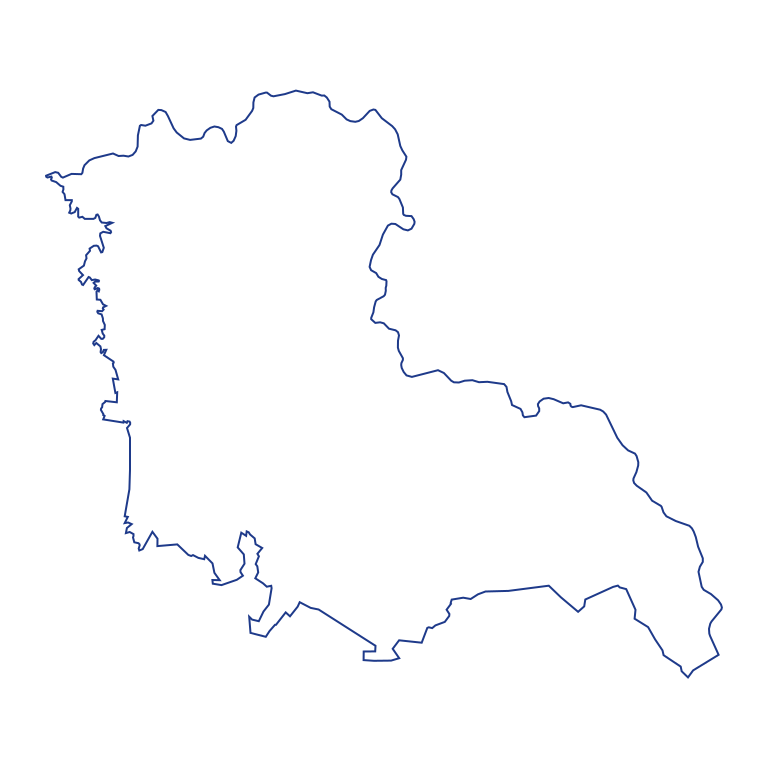 outline of Skaņkalnes pag., Mazsalacas, Latvia
{"feature_id": "27541924B43607455964711", "entity_name": "Skaņkalnes pag.", "entity_type": "district", "adm_level": 2, "iso_a3": "LVA", "parent_name": "Latvia", "parent_adm1": "Mazsalacas", "projection": "albers", "projection_center": [24.962, 57.86], "detail": "fine", "context": "isolated", "style": "outline", "palette": "blue", "viewbox_px": 768, "rotation_deg": 0, "n_neighbors": 0, "source": "geoboundaries", "source_scale": "gbopen_adm2", "svg_char_len": 6024}
<svg xmlns="http://www.w3.org/2000/svg" viewBox="0 0 768 768"><path d="M636.7,485.7L634.1,483.0L633.3,480.4L633.5,478.5L636.4,472.1L638.2,465.5L638.3,462.2L636.6,456.1L635.0,453.6L628.1,450.4L622.6,445.3L617.3,437.8L606.1,414.6L603.2,411.5L600.1,409.7L581.1,405.3L572.8,407.1L571.5,406.7L570.6,405.7L570.3,403.8L568.1,402.4L563.2,403.3L553.7,399.2L548.7,398.0L543.6,398.7L539.6,401.5L537.9,404.1L538.1,406.1L539.2,408.4L539.2,411.1L536.1,415.6L524.4,417.2L522.9,415.4L522.4,412.3L520.5,408.9L512.0,405.0L511.2,401.3L507.4,391.9L506.5,386.9L504.1,384.1L487.4,381.8L479.0,382.2L472.4,380.2L464.7,380.7L458.9,382.5L453.9,382.3L451.2,380.7L443.9,373.0L438.0,370.2L411.9,376.9L406.5,375.4L403.7,372.0L401.7,367.9L401.2,365.0L401.4,363.1L402.9,359.9L402.9,358.2L398.8,350.9L397.9,347.6L398.0,340.7L399.0,335.4L398.0,332.2L395.6,330.3L389.0,328.7L383.8,323.3L380.1,322.3L375.3,322.9L371.2,319.2L371.2,317.9L373.4,312.3L374.1,307.3L375.7,301.4L376.7,300.0L383.7,296.2L385.0,294.7L385.8,290.8L385.7,287.9L386.3,285.7L386.5,281.3L386.1,280.1L381.9,279.0L378.4,276.8L376.2,273.1L371.1,270.2L369.6,266.9L371.0,260.2L372.9,254.7L379.5,245.0L382.9,234.6L387.9,225.6L391.4,223.7L395.4,224.0L403.4,229.3L407.9,230.4L411.5,228.7L414.3,223.9L414.6,221.8L413.7,219.2L411.5,216.1L405.9,215.8L403.8,214.9L403.2,213.9L402.9,207.5L399.4,199.0L398.0,197.1L392.4,194.3L391.2,192.2L391.4,190.5L392.6,188.4L400.3,179.6L401.2,174.6L401.2,170.1L406.0,159.7L406.4,156.7L402.3,150.3L400.3,146.0L397.7,134.3L395.1,129.3L392.2,126.1L381.8,118.2L375.4,109.9L373.4,109.5L369.7,110.9L362.9,118.2L358.8,121.0L355.3,121.8L350.3,121.1L346.6,119.4L341.8,114.6L331.3,109.2L329.7,106.6L329.5,101.7L326.8,97.5L324.3,95.5L321.7,95.6L313.0,92.3L307.4,93.2L295.9,90.6L284.9,94.1L273.5,96.3L271.0,95.7L267.0,92.6L265.6,92.6L258.5,94.6L254.6,97.5L253.4,102.4L253.3,108.0L252.1,110.9L245.6,119.8L236.6,125.1L236.0,126.6L236.4,130.8L235.7,136.1L233.6,140.8L231.2,142.9L227.8,141.1L223.8,131.6L222.0,128.9L218.4,127.2L214.4,126.5L210.4,127.8L206.7,130.4L204.6,133.0L203.2,136.7L200.9,138.6L190.1,139.9L184.0,138.4L176.7,132.5L173.6,128.3L167.9,116.0L165.6,112.0L161.4,110.1L158.3,109.9L152.4,116.0L153.4,120.7L151.5,123.4L145.4,125.7L141.1,125.0L139.9,125.8L137.9,135.4L137.6,146.6L135.7,151.4L132.6,154.9L128.4,156.5L123.5,155.7L118.6,156.0L113.0,153.5L94.4,158.1L89.3,160.4L84.5,165.2L83.1,168.6L82.4,172.8L81.3,174.2L71.5,173.9L62.9,177.6L61.2,176.8L58.2,172.8L55.2,172.1L46.1,175.7L46.2,176.7L47.4,177.5L51.4,176.6L51.8,177.7L51.0,179.3L51.6,180.5L56.2,182.1L60.5,185.8L63.3,186.7L63.4,189.4L62.6,191.9L64.5,194.2L65.5,200.1L71.8,200.1L71.8,201.4L69.8,205.2L70.5,208.5L70.3,210.4L69.2,212.7L71.2,213.5L74.7,212.1L77.0,207.9L78.2,208.8L78.2,216.6L79.2,217.6L82.4,216.8L84.8,218.9L93.4,218.9L95.3,217.9L96.4,214.8L97.6,214.5L98.9,216.5L100.0,220.3L101.7,222.5L106.6,223.0L109.7,222.1L112.3,222.8L105.3,226.1L106.5,228.3L110.6,230.7L111.1,232.1L110.4,233.2L103.2,231.8L100.3,233.4L100.0,235.9L103.8,247.8L102.3,252.1L101.1,252.4L98.1,246.3L96.6,245.6L93.8,245.8L89.6,248.6L90.0,250.8L86.1,255.2L86.5,258.4L85.0,261.3L83.9,265.6L78.7,269.3L79.2,271.1L83.0,275.1L78.6,279.1L78.7,280.0L81.0,281.9L82.0,284.5L83.1,285.0L88.6,277.0L89.8,277.5L91.8,280.1L95.1,279.5L98.7,280.4L99.0,280.9L98.7,281.5L95.1,281.6L93.6,282.9L96.2,285.6L94.6,287.5L94.3,288.7L94.8,289.3L97.8,288.0L99.1,288.6L99.3,289.9L98.8,291.3L97.6,290.3L96.5,291.7L96.8,299.5L100.4,299.8L103.0,304.3L106.1,305.9L103.1,307.4L102.8,308.4L103.6,309.6L102.1,311.2L97.6,310.8L97.3,311.8L98.2,313.3L101.6,314.4L102.9,318.4L103.0,321.0L104.8,324.9L104.6,329.2L101.7,329.9L102.7,333.5L104.3,335.7L104.2,337.3L102.7,338.9L101.3,338.9L98.5,335.8L95.5,340.2L93.6,341.8L93.2,343.5L94.3,345.1L96.3,343.0L100.4,346.4L101.0,349.1L100.6,352.1L101.3,353.1L102.8,352.2L103.8,349.9L106.3,349.8L103.9,355.2L113.5,361.6L113.7,362.7L112.9,363.4L113.3,366.7L115.5,369.9L118.2,379.4L112.8,378.6L115.4,393.0L117.2,392.3L116.8,402.3L105.4,401.0L105.1,402.0L102.5,404.1L102.1,407.3L101.1,408.5L100.9,409.9L103.4,414.2L103.2,415.0L104.6,415.9L103.2,419.4L123.4,422.6L123.6,421.1L126.8,422.8L127.5,421.2L129.6,421.6L130.2,422.8L130.1,424.4L127.0,428.0L130.0,437.7L130.0,469.8L129.4,489.3L124.7,516.3L127.8,516.9L124.7,523.1L128.1,522.5L131.7,524.1L126.9,528.0L125.9,533.1L129.7,532.0L133.5,534.1L133.5,536.0L133.0,537.4L134.3,542.3L138.5,543.2L139.5,544.3L139.7,545.3L138.7,548.5L139.3,550.5L142.7,549.1L152.4,531.8L157.5,538.7L157.4,546.1L177.3,544.4L188.3,554.9L191.2,556.0L193.0,555.1L198.4,557.9L204.2,559.2L205.0,555.8L212.5,563.4L214.4,572.8L219.7,580.2L212.4,580.0L212.8,583.7L221.5,585.1L236.8,579.8L242.9,575.7L240.5,572.1L240.4,570.1L244.5,563.7L243.8,554.4L237.7,547.4L241.3,532.7L246.1,535.8L246.7,531.4L248.7,532.3L250.1,534.5L254.7,538.4L255.6,544.2L262.2,548.0L257.4,553.8L258.9,556.3L255.7,564.1L257.3,566.3L258.2,572.4L255.3,578.3L263.0,583.3L266.8,586.7L271.2,585.8L271.6,588.2L268.9,604.6L263.5,611.5L258.8,621.2L252.1,619.6L249.2,616.7L250.5,632.9L265.8,636.8L269.5,631.1L275.0,624.8L276.0,624.8L285.7,612.4L290.0,616.3L297.7,606.6L299.7,602.2L310.7,607.9L318.6,609.5L375.5,645.8L375.2,651.4L363.7,651.5L363.6,660.1L374.0,660.8L391.1,660.6L399.2,658.2L392.7,648.8L399.1,640.3L421.7,642.7L427.3,627.9L428.8,627.3L432.2,628.1L435.4,625.4L444.8,621.9L449.2,616.0L449.4,614.0L446.6,609.7L451.0,603.8L450.6,603.2L451.7,599.6L463.2,597.7L470.7,599.0L478.0,594.3L485.5,591.5L508.4,590.9L548.8,585.7L560.9,597.3L578.1,611.8L584.2,606.4L585.3,599.5L613.1,586.9L617.9,585.6L619.7,587.4L626.2,589.1L635.5,609.8L634.6,618.7L648.1,627.1L655.1,639.4L662.5,650.4L663.6,655.2L680.7,666.6L681.7,671.3L688.0,677.4L693.1,670.4L718.6,654.8L710.1,636.0L709.3,633.6L709.0,628.8L710.3,623.6L711.5,621.5L721.4,609.4L721.9,607.5L721.0,604.5L718.1,600.3L711.0,594.1L703.7,589.8L701.7,586.8L698.5,571.8L699.9,566.7L702.8,561.9L702.8,558.3L698.1,546.7L695.8,537.1L693.7,531.5L691.9,528.3L689.4,525.8L675.7,521.0L666.4,516.3L663.5,512.4L661.6,506.8L660.9,505.9L652.1,500.7L646.4,492.5L636.7,485.7Z" fill="none" stroke="#1e3a8a" stroke-width="2"/></svg>